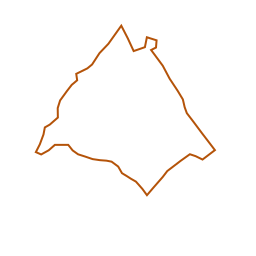 Estância Velha, Rio Grande do Sul, Brazil, rotated 45°
{"feature_id": "56859067B57024538505568", "entity_name": "Estância Velha", "entity_type": "district", "adm_level": 2, "iso_a3": "BRA", "parent_name": "Brazil", "parent_adm1": "Rio Grande do Sul", "projection": "natural_earth1", "projection_center": [-51.188, -29.652], "detail": "fine", "context": "isolated", "style": "outline", "palette": "amber", "viewbox_px": 256, "rotation_deg": 45, "n_neighbors": 0, "source": "geoboundaries", "source_scale": "gbopen_adm2", "svg_char_len": 847}
<svg xmlns="http://www.w3.org/2000/svg" viewBox="0 0 256 256"><g transform="rotate(45 128 128)"><path d="M108.6,59.4L89.2,56.5L90.9,51.3L86.2,45.8L77.2,50.5L82.8,58.9L77.6,69.6L64.6,64.8L50.9,60.4L54.6,82.4L54.9,95.2L57.7,108.5L57.1,114.6L53.1,126.3L58.3,130.2L57.7,137.3L58.7,145.1L60.5,156.5L64.2,163.6L71.0,170.2L70.3,180.9L68.8,186.4L72.8,192.3L77.2,201.9L79.9,210.2L85.3,208.1L87.7,199.8L88.2,191.7L97.7,182.2L104.7,183.0L111.3,181.9L117.9,178.5L125.0,175.0L130.9,170.6L135.9,166.3L140.2,163.4L148.3,162.2L155.7,164.2L161.4,162.8L166.0,161.8L171.5,160.3L181.2,160.9L188.9,162.1L188.1,151.7L187.2,138.2L186.2,130.6L187.2,123.3L188.4,114.2L190.3,102.8L195.7,100.1L203.0,97.6L205.1,82.2L196.3,81.0L184.2,79.4L170.4,77.4L159.1,75.9L153.3,73.2L146.6,69.0L136.9,66.6L122.6,63.7L108.6,59.4Z" fill="none" stroke="#b45309" stroke-width="2"/></g></svg>